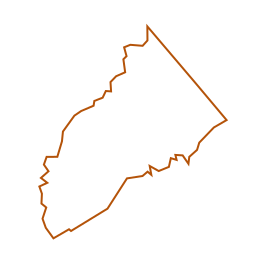 the district of Floyd, Virginia, United States of America, rotated 171°
{"feature_id": "52423323B13194007767030", "entity_name": "Floyd", "entity_type": "district", "adm_level": 2, "iso_a3": "USA", "parent_name": "United States of America", "parent_adm1": "Virginia", "projection": "albers", "projection_center": [-80.326, 36.916], "detail": "fine", "context": "isolated", "style": "outline", "palette": "amber", "viewbox_px": 256, "rotation_deg": 171, "n_neighbors": 0, "source": "geoboundaries", "source_scale": "gbopen_adm2", "svg_char_len": 783}
<svg xmlns="http://www.w3.org/2000/svg" viewBox="0 0 256 256"><g transform="rotate(171 128 128)"><path d="M218.9,30.7L202.1,37.2L200.4,35.2L165.1,49.8L160.9,51.5L136.9,78.4L121.2,78.3L115.5,81.8L112.3,78.1L112.5,87.1L104.4,80.7L93.7,83.2L90.4,91.5L85.0,88.9L85.4,94.0L78.3,92.4L73.9,83.2L72.0,89.9L63.2,95.6L59.9,102.4L43.1,115.1L29.4,120.4L54.4,162.0L93.0,225.3L95.1,211.4L100.7,206.9L112.7,209.8L119.2,208.3L118.2,199.2L121.8,196.6L122.1,183.5L131.6,181.0L138.1,176.1L139.0,166.8L144.1,168.0L148.3,161.9L157.0,160.0L158.5,155.4L171.6,152.1L179.0,148.6L192.8,134.7L195.3,125.2L202.3,110.6L212.9,112.2L216.8,105.0L213.3,97.7L221.8,92.3L216.3,86.5L224.7,84.1L223.3,76.6L225.3,66.9L221.2,62.3L226.6,51.8L224.8,42.3L218.9,30.7Z" fill="none" stroke="#b45309" stroke-width="2"/></g></svg>